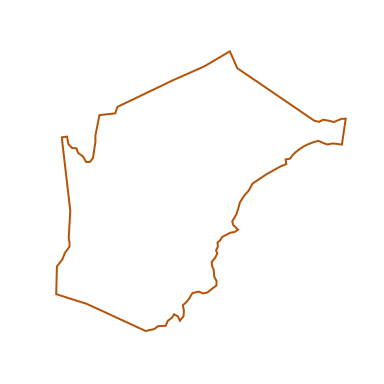 São José do Campestre, Rio Grande do Norte, Brazil, rotated 191°
{"feature_id": "56859067B48903560700593", "entity_name": "São José do Campestre", "entity_type": "district", "adm_level": 2, "iso_a3": "BRA", "parent_name": "Brazil", "parent_adm1": "Rio Grande do Norte", "projection": "mercator", "projection_center": [-35.766, -6.302], "detail": "fine", "context": "isolated", "style": "outline", "palette": "amber", "viewbox_px": 384, "rotation_deg": 191, "n_neighbors": 0, "source": "geoboundaries", "source_scale": "gbopen_adm2", "svg_char_len": 1372}
<svg xmlns="http://www.w3.org/2000/svg" viewBox="0 0 384 384"><g transform="rotate(191 192 192)"><path d="M211.0,46.7L207.4,48.3L203.0,50.2L199.7,53.8L195.9,54.8L192.4,55.6L191.1,61.0L187.7,64.8L186.3,68.5L182.2,67.3L179.3,63.3L176.6,68.5L177.3,74.0L179.4,79.1L176.5,82.9L174.8,86.2L172.2,92.9L166.0,95.6L162.0,94.5L157.8,96.2L153.2,101.6L150.2,104.8L150.9,109.3L154.0,113.1L155.9,119.9L158.4,123.5L159.3,127.3L156.7,131.8L155.5,136.4L157.3,139.5L156.1,142.9L157.3,147.2L155.1,150.1L153.8,153.6L150.1,156.6L146.7,159.3L142.7,160.8L139.6,163.7L145.3,167.6L146.9,170.9L144.2,178.5L143.4,184.7L143.0,190.8L140.2,198.2L136.6,204.2L134.2,211.8L129.2,216.8L122.2,223.7L115.1,229.7L110.0,234.0L104.8,237.4L106.3,241.8L101.9,243.6L100.6,246.9L98.1,250.5L94.8,254.4L91.1,258.0L87.8,260.6L82.4,264.0L77.7,266.3L71.9,265.0L67.9,264.5L63.9,266.3L59.3,266.9L53.9,267.1L55.1,293.3L59.3,292.3L66.2,287.7L70.7,288.1L77.1,288.0L80.5,285.2L85.3,285.2L149.1,312.7L171.1,322.1L181.7,337.3L203.9,317.7L221.5,305.4L232.0,298.1L281.5,261.3L282.3,254.6L297.5,249.8L297.6,228.9L296.4,223.0L295.7,206.5L298.0,202.0L301.6,201.2L305.7,206.0L311.4,208.7L313.7,212.8L318.1,212.3L322.3,215.3L325.3,222.5L330.1,220.9L329.2,217.4L307.9,150.3L304.2,123.0L302.6,119.1L301.8,115.0L305.1,108.0L306.4,101.2L310.4,93.1L305.8,65.8L273.9,62.1L211.0,46.7Z" fill="none" stroke="#b45309" stroke-width="2"/></g></svg>